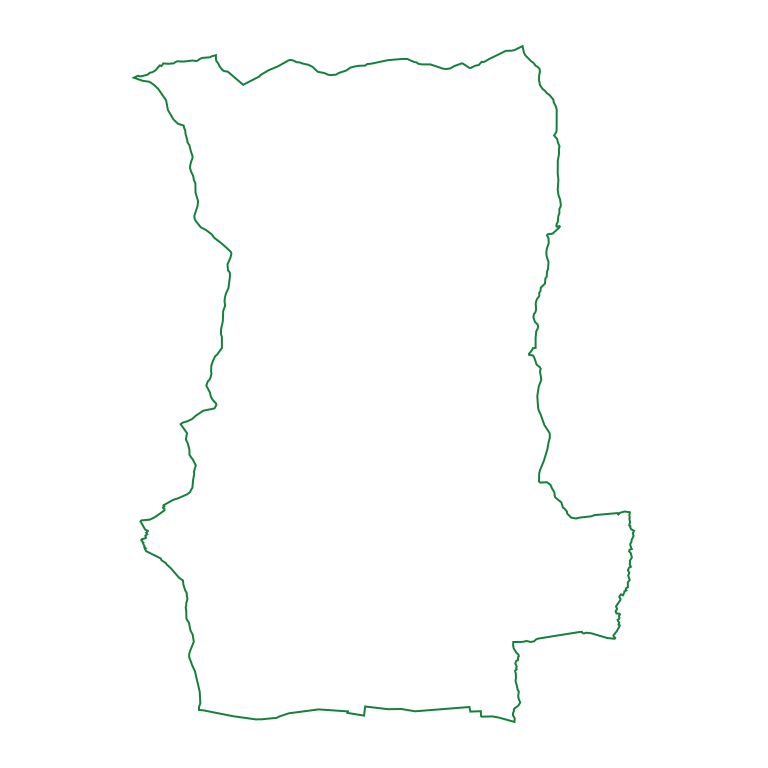 Rosiile, Vâlcea, Romania
{"feature_id": "2599482B62585031131856", "entity_name": "Rosiile", "entity_type": "district", "adm_level": 2, "iso_a3": "ROU", "parent_name": "Romania", "parent_adm1": "Vâlcea", "projection": "natural_earth1", "projection_center": [23.93, 44.897], "detail": "fine", "context": "isolated", "style": "outline", "palette": "green", "viewbox_px": 768, "rotation_deg": 0, "n_neighbors": 0, "source": "geoboundaries", "source_scale": "gbopen_adm2", "svg_char_len": 6024}
<svg xmlns="http://www.w3.org/2000/svg" viewBox="0 0 768 768"><path d="M514.4,721.9L514.7,718.2L512.9,715.3L513.1,712.9L513.9,711.0L513.9,709.3L514.4,708.5L518.4,705.6L520.2,702.6L518.6,698.6L518.2,696.0L518.8,691.5L517.6,689.5L517.0,686.1L515.5,680.9L516.0,677.6L515.8,673.4L515.1,671.4L515.2,670.5L516.6,669.5L516.2,668.0L516.7,666.7L515.3,663.5L516.2,660.9L517.9,660.2L518.0,657.3L518.9,656.2L518.4,654.6L516.5,652.9L513.7,648.4L513.1,645.4L513.3,642.0L522.6,641.9L526.4,641.0L530.8,642.0L534.1,641.3L536.2,639.3L538.1,638.6L580.1,631.9L581.9,631.9L582.5,632.9L583.8,633.5L586.1,632.7L591.3,633.3L607.2,638.0L614.6,638.8L615.2,637.8L613.7,636.5L613.5,635.3L616.8,631.2L619.8,625.7L619.6,625.1L618.5,624.6L619.3,622.6L618.0,621.1L617.7,619.8L619.1,619.0L619.4,617.8L618.9,616.1L620.0,614.4L619.3,613.7L616.7,613.5L616.2,613.0L615.6,611.4L617.1,608.8L616.0,606.3L620.5,599.8L620.4,598.7L619.3,597.2L619.6,596.1L621.0,594.4L622.9,595.3L624.3,592.6L624.4,591.3L626.5,590.4L625.7,589.0L626.5,587.9L627.9,587.3L627.8,582.3L629.7,580.1L628.2,575.4L629.3,572.9L627.9,570.1L629.2,567.5L630.9,566.7L629.7,564.4L630.2,562.4L629.9,560.7L631.9,557.4L630.8,553.2L629.1,551.4L629.7,549.6L631.8,549.0L630.6,546.3L630.2,544.1L631.5,541.8L631.6,539.9L633.6,535.9L632.8,533.3L634.1,530.9L630.9,529.0L630.2,527.1L630.4,526.2L629.2,525.4L630.1,522.0L629.4,519.2L629.7,516.9L629.3,515.3L629.9,512.3L624.7,511.5L619.9,512.8L618.5,514.5L617.9,514.1L617.8,513.1L617.3,513.1L594.6,515.1L591.3,516.3L579.7,517.6L576.0,518.5L571.3,517.7L567.2,513.6L566.9,511.5L564.4,508.5L563.0,507.7L561.3,502.3L555.4,497.6L554.6,495.4L554.4,492.3L552.0,488.4L550.4,484.7L546.9,482.2L540.3,482.6L539.0,481.4L539.2,473.5L540.0,470.2L543.9,460.7L547.3,449.6L548.6,442.3L549.8,437.8L549.7,433.9L549.5,432.9L544.4,425.1L540.4,413.8L538.8,410.7L538.1,407.9L537.3,396.0L538.8,386.4L541.3,379.8L540.0,371.5L540.7,368.7L539.7,367.1L536.6,364.6L534.6,358.5L533.1,355.5L529.6,355.0L529.1,354.8L529.0,353.8L531.8,350.4L532.9,348.2L535.6,347.9L535.6,337.7L536.3,331.1L537.5,329.0L538.2,326.5L537.5,324.4L534.9,321.8L533.4,317.2L534.0,314.0L535.3,312.4L536.1,309.5L535.7,303.5L536.3,300.9L536.9,299.3L539.3,295.9L539.2,292.9L540.4,291.2L540.9,287.5L545.0,283.6L545.4,278.4L546.7,276.6L547.0,271.7L548.0,269.2L548.5,262.2L546.7,256.5L546.3,252.8L546.8,248.7L548.7,243.3L548.5,238.1L547.0,235.5L547.3,234.7L548.2,234.1L552.5,233.7L559.5,227.3L559.8,226.5L559.4,226.1L556.9,226.7L556.3,225.9L556.8,223.7L557.8,221.9L558.3,216.1L559.4,213.3L559.3,209.2L560.7,206.3L560.8,204.7L560.1,199.5L558.6,195.5L557.7,189.8L558.4,180.0L557.7,173.6L557.8,160.5L559.1,153.7L558.9,149.7L559.5,146.3L558.0,142.7L557.1,139.0L554.1,135.5L556.2,132.1L556.6,130.6L556.7,109.3L555.8,106.3L553.7,102.3L553.4,99.7L549.7,95.2L546.9,93.2L545.0,90.8L542.5,88.9L540.0,85.1L538.9,79.5L539.2,75.0L539.9,72.2L539.7,69.2L538.0,67.1L535.6,65.7L533.5,62.9L531.0,61.1L525.3,55.3L523.9,52.6L522.5,46.1L514.4,50.1L511.7,50.7L506.0,50.8L488.9,59.1L485.2,61.4L483.3,62.0L481.6,61.8L478.8,65.0L474.9,65.8L470.7,68.0L469.4,67.9L462.7,63.5L461.7,63.4L454.0,66.2L450.3,68.4L446.5,69.0L443.6,68.8L430.3,64.4L421.8,64.4L418.5,63.8L416.4,62.4L414.1,62.0L407.4,59.0L402.5,58.9L387.7,60.2L370.7,63.8L367.3,64.0L365.1,65.6L358.7,65.8L354.1,66.6L350.2,67.7L346.1,70.6L338.9,72.9L336.1,74.6L330.7,75.1L328.0,74.7L324.3,73.0L317.8,71.8L312.5,66.8L308.4,64.8L302.8,63.6L299.7,62.4L296.6,62.2L293.6,60.6L290.5,59.9L288.7,60.3L278.0,66.3L268.3,70.4L260.7,74.9L259.1,76.6L243.2,84.8L228.4,72.2L227.3,71.5L224.0,71.1L222.2,69.7L219.7,66.6L218.4,63.7L216.4,61.1L215.9,59.0L215.9,55.2L211.9,56.2L209.9,57.3L202.4,57.9L199.9,58.9L197.7,60.6L196.0,61.0L192.5,60.5L183.5,61.6L177.8,61.3L176.5,61.5L173.5,63.4L168.2,63.8L163.3,63.4L161.5,66.1L159.8,65.4L155.6,70.2L152.6,72.1L149.8,72.8L147.6,74.7L140.8,76.4L137.8,75.8L133.9,77.7L142.6,80.8L149.5,81.8L154.3,85.1L158.4,89.2L166.1,100.3L167.9,109.9L173.4,119.4L177.9,123.7L183.7,125.6L184.1,128.0L185.2,130.2L185.6,134.3L187.2,139.8L187.4,142.2L189.4,145.2L190.9,151.5L192.6,156.4L192.4,158.5L191.1,161.6L190.2,165.6L190.0,167.9L191.0,171.5L193.3,176.2L193.8,179.8L195.4,183.2L195.5,192.6L198.1,201.3L197.5,206.2L194.3,216.0L194.6,218.7L195.5,220.6L200.7,227.2L206.4,230.3L211.7,234.3L214.3,237.9L220.5,242.5L227.4,248.6L230.8,251.9L231.4,253.3L230.5,257.5L227.5,264.3L228.0,270.4L229.8,272.5L230.0,276.3L228.4,288.2L226.0,293.4L224.9,297.5L224.5,301.5L225.2,305.5L223.2,311.0L222.8,321.4L221.1,328.9L220.9,333.7L221.9,337.0L221.9,348.0L217.1,354.6L215.1,356.3L212.7,361.4L211.3,365.8L211.1,371.5L211.5,373.5L210.5,377.7L209.5,379.7L207.8,381.4L206.5,385.0L206.4,385.8L210.0,392.7L210.8,396.5L212.6,399.8L216.0,403.4L216.4,405.0L214.5,408.4L203.0,410.8L195.6,415.9L192.1,419.0L187.3,421.3L182.7,422.6L180.6,424.2L187.0,433.1L185.9,439.5L187.6,442.9L189.1,448.4L189.5,450.7L189.4,454.5L191.3,457.7L192.6,459.1L195.8,465.3L193.9,471.9L194.2,474.0L193.1,480.1L192.4,487.9L190.8,490.1L190.4,491.7L187.4,494.2L178.1,498.3L173.3,499.8L163.6,505.2L163.4,505.5L164.3,506.4L163.0,507.7L164.5,509.0L164.5,510.3L155.3,516.9L150.0,519.6L141.5,520.4L140.5,521.3L145.1,529.5L147.8,530.8L147.9,531.3L146.1,532.7L147.2,534.2L145.3,535.8L146.0,537.7L144.8,538.5L142.2,539.0L141.3,539.9L141.4,540.4L142.2,540.6L142.3,541.9L143.4,542.7L143.1,543.4L144.6,546.6L144.3,547.1L145.7,548.4L144.9,548.8L146.2,551.2L160.8,558.5L161.5,560.2L166.0,563.2L166.6,564.3L171.0,568.4L179.0,577.7L183.0,580.5L183.4,584.8L185.2,590.3L186.7,592.9L186.9,596.5L187.5,598.8L186.2,603.4L186.2,605.7L185.7,607.6L186.2,609.8L186.4,618.2L186.8,619.6L188.9,622.6L190.5,630.5L192.7,634.7L193.8,641.7L190.0,651.3L189.2,654.2L189.1,656.9L192.4,665.8L194.9,671.1L199.7,691.7L200.3,703.2L199.0,707.0L199.0,710.0L203.2,710.3L233.0,716.2L255.9,719.4L261.9,719.3L276.8,717.8L279.2,716.5L288.8,713.3L318.6,709.4L347.9,711.4L347.4,712.9L364.0,715.6L365.2,706.5L388.2,709.2L401.4,709.0L415.1,711.3L469.4,707.0L470.4,711.6L480.8,711.2L481.1,716.0L481.5,716.7L492.5,716.4L498.9,717.6L514.4,721.9Z" fill="none" stroke="#15803d" stroke-width="2"/></svg>